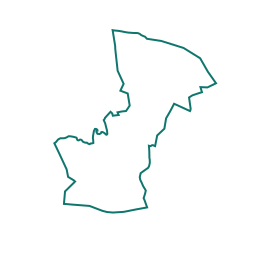 Isa, Sokoto, Nigeria (Equal Earth projection), rotated 116°
{"feature_id": "59680162B66631777088899", "entity_name": "Isa", "entity_type": "district", "adm_level": 2, "iso_a3": "NGA", "parent_name": "Nigeria", "parent_adm1": "Sokoto", "projection": "equal_earth", "projection_center": [6.414, 13.208], "detail": "fine", "context": "isolated", "style": "outline", "palette": "teal", "viewbox_px": 256, "rotation_deg": 116, "n_neighbors": 0, "source": "geoboundaries", "source_scale": "gbopen_adm2", "svg_char_len": 2288}
<svg xmlns="http://www.w3.org/2000/svg" viewBox="0 0 256 256"><g transform="rotate(116 128 128)"><path d="M70.0,169.4L81.1,162.4L90.2,151.3L97.8,151.2L97.1,143.4L107.1,136.3L113.6,137.2L115.1,139.6L115.8,140.7L118.5,144.3L120.4,142.1L123.6,147.0L121.8,148.6L121.1,150.8L128.9,153.1L129.6,153.0L130.5,153.0L131.5,153.3L133.9,150.5L139.7,145.6L142.4,144.0L143.2,144.1L143.5,144.4L143.5,145.3L143.4,145.5L143.1,146.1L142.9,146.9L142.8,147.9L142.8,148.8L142.9,149.6L143.0,149.7L143.2,149.9L143.5,150.2L143.9,150.1L144.1,150.0L144.9,150.2L145.5,150.7L145.9,151.0L146.2,151.8L146.6,152.9L146.1,153.6L145.3,154.8L144.8,154.9L144.1,155.1L143.7,154.3L143.3,154.5L143.0,155.1L142.8,155.6L142.9,156.5L143.3,157.3L145.8,157.3L148.8,156.4L150.3,156.0L152.1,155.3L152.9,154.9L153.3,154.5L155.0,153.5L156.7,152.6L157.4,153.3L157.9,154.1L158.2,154.7L158.5,154.9L158.8,155.2L159.3,155.3L159.5,155.7L159.5,156.4L159.5,157.2L159.4,157.9L159.3,158.2L159.2,158.5L159.5,159.1L159.9,160.0L160.0,160.7L160.1,161.5L160.1,162.1L160.0,162.7L159.5,163.6L159.2,164.3L159.1,164.8L159.2,165.4L159.4,166.0L160.0,166.4L160.6,166.8L161.0,167.4L161.0,168.1L160.6,168.7L160.2,169.1L159.7,169.5L159.3,170.1L159.4,170.9L159.9,173.4L160.7,176.1L161.5,177.8L163.3,179.0L164.9,180.5L165.6,181.7L166.9,184.3L169.0,185.8L172.3,186.6L174.0,187.5L180.1,179.8L192.1,165.0L198.2,160.4L198.5,156.8L198.8,153.8L199.3,152.1L212.6,156.8L224.3,152.3L223.2,149.6L221.3,144.6L217.5,135.0L214.9,128.4L213.7,114.9L212.7,110.0L210.6,104.5L205.2,95.0L197.3,84.6L193.0,78.7L191.0,76.0L185.8,81.3L184.2,83.2L179.9,83.8L177.2,84.4L176.4,84.6L173.6,88.9L170.8,92.2L169.5,93.9L168.9,94.5L167.0,95.9L164.0,96.6L163.0,96.8L158.3,94.3L155.1,92.5L153.2,92.3L149.8,93.1L147.1,94.5L145.2,95.8L139.3,98.8L134.8,101.4L134.7,100.7L134.4,99.8L132.9,98.8L132.5,98.0L132.5,96.6L132.4,95.7L121.9,98.5L112.7,95.0L102.6,98.0L94.1,97.4L86.0,97.2L85.6,79.7L84.8,79.7L83.3,80.1L73.8,86.5L70.5,84.5L66.6,80.6L63.4,77.2L59.5,80.8L56.7,74.4L49.2,68.5L42.4,80.9L33.7,93.7L31.7,113.2L35.2,136.3L39.5,150.1L38.5,152.7L38.6,154.3L38.7,156.3L38.6,157.4L38.3,158.4L38.3,160.1L38.5,161.1L39.9,164.1L41.2,167.2L41.2,167.3L42.0,169.2L43.1,172.7L43.9,175.9L45.1,179.8L46.4,183.2L46.8,184.7L59.9,175.5L62.7,174.0L70.0,169.4Z" fill="none" stroke="#0f766e" stroke-width="2"/></g></svg>